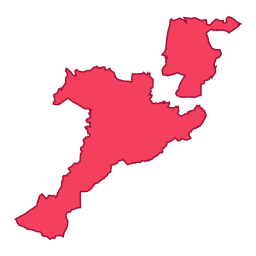 outline of Muara Enim, Sumatera Selatan, Indonesia
{"feature_id": "22746128B32446581498560", "entity_name": "Muara Enim", "entity_type": "district", "adm_level": 2, "iso_a3": "IDN", "parent_name": "Indonesia", "parent_adm1": "Sumatera Selatan", "projection": "mercator", "projection_center": [104.014, -3.695], "detail": "fine", "context": "isolated", "style": "filled", "palette": "rose", "viewbox_px": 256, "rotation_deg": 0, "n_neighbors": 0, "source": "geoboundaries", "source_scale": "gbopen_adm2", "svg_char_len": 5734}
<svg xmlns="http://www.w3.org/2000/svg" viewBox="0 0 256 256"><path d="M41.9,235.2L43.5,236.2L47.2,236.6L49.5,239.0L50.3,239.1L52.1,237.7L53.2,237.8L53.7,238.3L54.8,238.2L55.7,235.8L60.4,235.5L61.8,235.9L63.1,236.8L63.9,233.1L66.9,227.5L67.4,225.2L67.8,220.8L66.3,218.1L66.0,215.6L66.2,213.9L66.9,212.6L70.1,211.9L71.0,210.9L71.1,209.9L74.1,209.2L78.1,207.7L80.5,207.6L80.2,196.7L80.4,191.6L87.2,191.4L91.1,188.9L91.4,189.0L91.1,188.9L94.6,184.0L95.8,183.3L98.2,182.8L100.5,180.3L101.5,180.0L102.8,178.7L103.8,178.8L104.8,177.0L107.0,175.8L108.2,173.3L110.6,172.0L110.9,171.2L110.6,169.6L111.2,167.9L110.8,166.1L111.0,165.4L116.6,163.7L118.6,161.0L121.5,160.3L122.8,159.5L127.5,164.6L130.8,163.6L132.1,163.6L132.7,162.7L135.2,163.1L136.0,162.3L138.6,162.1L140.4,162.5L142.1,160.8L142.7,160.6L145.6,161.2L148.3,160.1L148.4,160.7L152.3,158.9L153.8,157.3L157.5,155.4L159.8,152.8L160.7,152.5L161.3,152.8L162.2,152.6L162.5,152.2L162.5,149.2L163.3,148.2L164.2,147.8L166.7,145.0L167.0,142.5L170.0,141.5L173.3,139.6L175.2,137.8L177.5,140.4L178.2,140.8L180.2,140.4L180.7,139.7L182.8,138.6L184.7,139.8L186.0,139.7L186.9,140.0L190.5,138.5L190.8,138.1L188.8,135.2L189.4,132.0L191.3,131.6L192.3,129.4L194.7,128.6L195.0,128.2L196.0,128.1L196.8,127.4L198.3,127.1L198.7,126.3L200.2,126.0L200.5,125.0L202.1,123.7L202.2,122.7L202.9,122.2L202.6,121.6L203.8,120.6L203.9,120.0L203.6,120.0L204.8,118.8L204.6,118.4L205.4,117.4L205.3,116.7L205.8,116.3L205.8,114.9L206.1,114.8L204.7,112.1L204.5,110.8L203.5,110.4L202.4,109.2L202.5,108.7L200.5,107.7L199.6,106.8L199.9,106.0L199.5,105.4L198.0,106.0L197.1,105.5L195.7,107.5L194.6,108.4L194.6,109.8L193.5,110.4L191.9,110.6L191.8,111.0L190.5,110.9L190.0,111.5L189.6,111.3L188.0,112.1L188.5,113.2L187.9,113.9L187.1,113.4L186.2,113.6L181.6,116.0L180.8,116.0L179.7,115.6L178.1,114.0L177.8,113.1L178.7,111.3L178.2,106.3L177.9,106.3L178.0,107.1L177.7,107.3L176.1,106.6L173.2,108.1L167.8,107.2L169.5,103.4L169.6,102.6L169.2,102.1L168.0,103.0L166.9,102.7L165.9,103.1L164.4,102.7L164.9,101.5L163.1,101.4L163.8,103.2L160.1,102.5L159.9,103.3L158.2,103.7L156.6,103.1L155.0,103.2L154.5,103.5L152.2,103.1L151.6,102.2L151.8,101.8L151.5,101.3L149.7,99.4L151.4,97.2L151.9,95.7L151.5,95.2L151.7,94.7L149.3,94.7L150.1,93.9L151.1,91.5L150.5,88.8L151.0,88.1L152.4,87.9L152.9,87.3L152.6,85.8L152.9,84.9L153.0,79.3L149.8,76.4L149.7,73.2L148.4,74.1L147.8,73.1L147.4,74.9L146.2,74.4L143.6,72.3L142.4,73.7L134.2,74.2L132.4,73.8L131.4,82.1L128.9,81.3L124.1,81.2L117.4,79.3L115.5,77.0L114.0,72.6L110.6,70.4L109.9,68.5L109.3,68.5L107.6,69.7L105.4,69.9L104.9,69.2L105.1,68.0L104.6,67.1L103.9,66.9L101.7,67.7L101.1,67.4L100.3,68.2L99.3,67.5L98.2,68.1L97.6,68.0L97.1,66.4L96.5,66.3L95.0,67.2L94.0,67.4L90.8,70.2L89.7,70.7L87.2,70.6L83.4,72.0L80.6,71.7L78.0,70.9L76.5,69.6L75.1,70.7L75.0,71.6L76.1,75.6L75.1,75.8L72.5,74.7L70.8,72.0L67.9,69.3L66.2,68.5L65.6,70.9L67.4,72.9L67.3,75.9L65.9,77.8L65.6,83.1L62.2,87.9L61.8,89.2L61.1,88.5L61.1,89.8L59.5,88.8L58.8,88.9L57.8,91.8L57.0,93.2L54.6,94.2L53.7,95.0L55.0,99.7L54.9,100.9L53.4,102.1L53.4,104.0L56.0,104.6L57.7,104.7L59.2,104.3L67.9,98.2L74.0,102.5L74.7,102.5L84.3,108.5L85.8,108.8L88.7,108.5L89.7,110.1L91.2,109.6L91.5,110.1L91.1,110.7L89.7,110.6L90.2,112.2L88.8,113.3L89.1,113.7L90.1,113.2L90.6,113.6L89.9,114.7L90.6,117.6L87.4,118.9L86.1,120.2L87.3,122.4L89.8,122.6L90.0,122.2L90.3,122.4L90.2,123.6L89.5,124.1L90.5,126.8L87.2,126.2L85.0,127.4L85.3,127.8L85.8,127.6L85.8,128.5L86.8,128.7L86.7,129.5L87.7,130.6L87.9,131.4L87.6,132.3L88.0,133.6L89.6,134.3L89.8,135.1L89.3,136.5L85.7,137.3L85.1,138.1L85.2,138.7L85.0,139.2L83.6,139.3L83.8,139.9L83.3,140.9L84.5,143.3L82.9,146.3L80.8,147.9L80.7,149.7L81.9,151.7L80.8,153.6L80.7,155.1L80.1,156.4L80.4,158.1L80.0,160.4L80.2,161.5L79.4,161.7L78.7,162.6L76.9,163.7L75.5,163.0L74.7,163.1L71.2,166.7L68.4,168.2L68.4,168.9L70.4,170.9L70.5,172.1L67.2,174.5L66.6,175.7L63.5,175.7L62.6,177.3L63.1,178.4L62.9,179.7L62.3,180.5L61.7,182.3L61.9,185.4L61.3,186.2L61.0,187.7L60.0,188.6L58.3,192.2L57.5,192.9L57.2,195.1L55.8,197.4L54.4,195.7L51.0,195.9L49.1,195.2L48.4,195.6L48.0,197.0L46.4,198.8L42.2,194.1L41.7,193.9L40.8,195.2L39.6,195.9L37.2,203.2L37.1,205.5L24.8,214.0L15.4,219.2L16.3,220.0L17.5,223.2L19.2,225.3L23.7,226.7L27.8,229.3L32.6,229.8L36.3,231.4L40.2,232.0L41.8,233.7L41.9,235.2ZM170.1,20.2L170.2,23.9L168.2,30.4L166.7,39.6L165.8,49.3L164.7,51.7L162.0,54.8L166.4,56.4L165.4,56.9L165.4,57.2L167.1,58.1L166.7,58.4L165.5,58.0L166.4,60.8L165.8,61.3L166.4,63.6L166.1,64.5L164.0,66.7L162.5,69.2L162.2,71.0L162.9,74.7L167.7,75.6L168.7,75.5L174.0,74.1L176.8,72.9L178.1,72.9L181.4,74.4L185.0,75.3L179.9,84.3L179.2,86.3L178.7,90.2L177.4,90.3L176.0,92.7L176.0,94.2L177.2,95.8L178.1,95.8L180.0,96.8L182.5,97.2L189.8,96.9L194.3,97.4L199.8,95.5L200.9,95.4L201.1,84.0L203.8,83.6L204.8,80.8L208.7,79.6L210.9,76.6L211.8,78.0L213.3,75.4L215.6,72.4L215.3,69.0L216.0,66.5L214.4,67.4L214.2,64.0L216.2,58.5L218.0,57.3L218.8,57.7L221.3,54.1L220.0,49.8L215.4,49.7L212.0,48.2L211.4,47.4L209.0,43.1L209.2,42.3L208.4,41.4L208.1,38.0L207.0,37.0L207.1,35.1L206.3,34.4L206.2,33.6L207.6,31.6L208.2,31.4L208.9,30.4L211.8,29.3L212.9,29.6L213.4,30.5L213.9,30.6L216.6,29.5L216.8,30.4L217.4,30.4L222.3,30.0L227.5,31.3L228.9,32.9L238.8,25.9L239.1,25.6L238.3,24.7L240.6,23.9L236.4,21.6L234.8,20.0L231.8,17.9L229.0,16.9L227.9,17.1L226.6,18.6L226.3,19.2L226.4,21.5L225.9,22.8L225.4,23.0L224.3,23.1L223.2,22.6L223.5,21.1L223.1,20.5L220.3,20.9L216.5,19.2L215.4,19.6L213.5,21.6L212.4,22.2L210.6,24.7L209.5,25.0L207.4,24.7L206.8,23.9L206.2,19.9L205.6,19.7L201.7,20.5L200.5,20.4L196.1,18.2L194.2,17.9L190.9,18.6L189.5,18.2L184.1,17.6L185.8,20.4L186.2,22.6L183.4,20.0L180.1,18.3L178.2,18.8L174.6,20.5L172.9,20.4L171.4,19.1L170.1,20.2Z" fill="#f43f5e" stroke="#9f1239" stroke-width="1.5"/></svg>